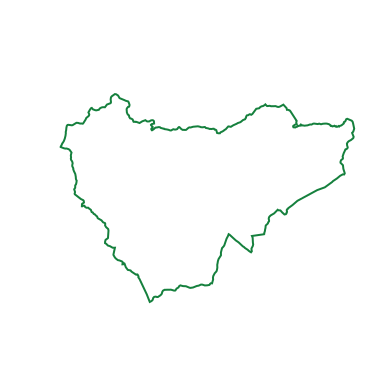 La Mesa, Cundinamarca, Colombia, rotated 18°
{"feature_id": "7082276B41572660322682", "entity_name": "La Mesa", "entity_type": "district", "adm_level": 2, "iso_a3": "COL", "parent_name": "Colombia", "parent_adm1": "Cundinamarca", "projection": "mercator", "projection_center": [-74.467, 4.646], "detail": "fine", "context": "isolated", "style": "outline", "palette": "green", "viewbox_px": 384, "rotation_deg": 18, "n_neighbors": 0, "source": "geoboundaries", "source_scale": "gbopen_adm2", "svg_char_len": 5960}
<svg xmlns="http://www.w3.org/2000/svg" viewBox="0 0 384 384"><g transform="rotate(18 192 192)"><path d="M325.6,103.6L326.3,102.3L326.3,101.4L325.2,99.9L324.4,98.1L324.6,97.0L325.0,95.9L325.7,94.9L327.1,93.5L328.7,91.0L328.7,89.6L326.0,86.3L326.7,84.8L326.7,81.7L323.9,76.8L322.9,75.4L321.8,74.8L317.0,74.4L316.2,75.1L315.9,77.6L315.0,78.4L314.9,79.2L315.2,79.9L313.5,82.5L312.1,83.5L311.8,84.2L310.9,84.0L310.5,84.8L309.1,85.4L308.7,85.4L308.4,84.9L307.8,85.3L306.9,85.0L306.6,85.4L305.3,86.2L304.3,85.9L303.9,86.3L303.5,86.3L302.5,85.5L301.3,85.2L299.2,85.3L297.7,85.7L295.3,86.7L293.8,87.7L291.8,87.7L290.7,88.5L286.9,89.2L286.0,89.7L284.9,90.9L283.4,91.3L281.3,92.9L278.4,94.2L275.9,94.5L275.9,94.8L275.6,94.9L275.6,94.6L274.7,94.2L274.2,95.6L273.5,95.7L272.9,96.4L272.0,96.5L271.8,97.4L271.1,97.8L270.3,98.7L268.5,99.1L268.0,98.6L267.9,97.8L269.3,96.0L270.6,95.1L269.7,93.8L269.6,92.3L269.3,92.1L269.4,91.9L260.4,84.6L259.9,84.3L259.4,84.4L258.8,84.1L257.7,84.2L256.9,84.5L256.0,83.0L251.9,80.7L249.2,83.6L248.2,84.3L247.0,84.6L245.0,84.5L240.7,86.0L239.3,86.0L237.1,87.0L236.5,87.0L234.7,86.0L234.3,86.8L233.0,88.3L231.6,89.1L230.7,90.1L230.0,91.6L227.4,93.0L225.3,99.2L224.7,100.0L224.4,100.3L223.3,100.1L222.7,100.3L221.7,101.6L220.6,102.1L220.4,102.5L220.2,103.6L220.4,104.7L220.2,105.0L220.0,106.4L218.3,107.8L216.5,110.6L214.1,112.4L213.4,113.3L210.7,115.7L208.8,118.0L206.6,118.3L206.2,118.5L204.6,122.1L203.8,122.8L203.2,123.9L202.1,125.2L201.3,125.8L200.7,126.5L200.4,127.5L198.8,128.0L197.6,128.1L196.0,125.7L195.0,125.4L194.4,125.7L193.2,125.1L192.1,125.5L191.1,126.1L190.3,126.2L189.5,126.6L187.8,126.5L185.3,126.8L184.5,126.3L183.9,126.3L182.1,127.2L180.4,127.6L179.5,127.5L177.3,127.7L172.9,129.6L170.7,131.1L169.7,131.3L168.9,131.9L167.2,134.7L166.1,135.2L165.7,135.2L163.8,135.8L163.4,135.7L162.3,135.4L160.0,134.2L159.4,134.4L158.8,135.6L158.5,136.7L157.9,137.2L156.6,137.9L154.8,138.1L153.0,140.0L151.9,140.2L150.5,140.1L148.6,140.3L146.2,140.7L145.7,140.4L145.0,140.6L142.4,140.7L141.4,140.3L140.0,140.7L138.5,141.6L137.9,141.7L137.1,142.4L136.1,144.2L135.0,145.6L134.7,145.7L133.9,144.9L133.8,144.3L134.5,142.7L134.5,142.3L132.4,141.1L132.2,140.8L132.7,139.9L134.8,138.6L133.9,136.4L133.1,135.9L132.3,135.9L131.7,136.1L130.6,136.8L129.6,138.0L128.2,138.6L127.1,138.7L125.5,138.1L122.9,140.1L120.8,142.6L117.3,142.5L116.8,142.8L116.1,142.7L115.1,143.3L114.6,143.2L113.2,141.4L111.8,141.0L110.4,141.1L109.2,140.1L108.4,138.7L107.9,138.4L107.0,138.2L105.5,136.5L104.2,133.4L104.3,132.4L104.9,130.8L105.6,130.5L105.8,130.2L105.8,129.1L105.6,128.3L104.1,126.3L103.3,125.6L100.7,125.7L99.4,125.5L94.1,125.1L91.9,123.1L89.7,122.5L88.4,122.7L86.1,125.8L85.7,127.0L86.0,129.0L87.2,131.6L87.1,132.7L84.1,135.1L83.0,138.3L81.0,138.9L79.8,139.6L78.5,141.0L78.0,142.6L75.8,143.9L74.8,144.1L72.2,144.0L70.7,143.0L70.1,143.5L69.6,144.9L68.9,148.3L70.3,149.9L70.4,150.8L70.2,151.7L68.6,154.2L68.4,156.1L67.3,160.4L67.0,160.8L65.3,161.1L64.5,161.5L62.2,161.5L60.7,161.9L57.8,165.3L57.1,165.7L53.7,166.3L52.9,166.7L52.5,167.8L52.7,169.8L53.2,172.0L53.4,174.1L53.8,174.9L54.3,177.6L54.5,180.5L54.4,183.0L54.0,184.9L53.6,185.9L53.5,187.5L53.1,189.4L53.2,189.8L56.9,190.0L58.3,189.8L59.3,189.4L61.3,189.4L62.5,189.7L65.2,191.7L65.4,194.5L66.4,196.8L66.4,197.5L66.8,198.4L67.2,198.9L68.6,200.0L69.6,201.5L69.8,203.4L70.2,204.5L71.8,206.2L72.0,207.0L73.2,208.6L75.4,210.9L76.8,213.5L77.4,215.1L78.0,216.1L78.8,216.8L79.2,219.0L79.3,220.5L78.9,221.8L79.6,224.1L79.1,225.8L80.6,227.9L80.8,228.4L80.9,229.9L81.3,230.4L88.4,233.0L91.1,233.4L91.7,233.8L92.5,235.3L92.4,235.7L91.3,236.9L91.1,237.5L91.7,239.6L92.3,239.4L92.8,238.6L93.3,238.4L94.0,238.4L95.1,239.3L96.5,239.6L98.2,239.0L99.1,239.5L101.3,240.2L102.8,242.1L103.9,242.1L105.3,243.2L106.3,243.2L107.7,244.0L109.3,244.6L110.2,245.8L110.7,246.1L114.6,246.9L116.8,248.3L118.9,248.5L119.3,249.0L119.7,250.7L121.2,252.0L123.7,253.1L124.5,254.5L126.3,261.7L126.1,262.2L124.6,264.2L124.7,266.2L125.1,267.5L126.5,267.8L128.5,268.9L130.9,268.9L133.1,269.4L133.9,269.5L135.9,268.8L136.6,275.7L136.8,276.2L138.9,278.1L140.1,278.8L142.5,279.7L144.2,279.5L146.9,279.7L147.8,280.2L148.2,282.3L148.8,282.1L149.4,280.8L149.9,280.9L152.3,284.0L155.0,285.9L157.8,285.6L159.0,286.4L163.6,287.7L164.5,287.9L165.2,287.3L165.9,287.4L166.3,288.0L167.2,288.7L167.4,289.8L169.0,291.0L180.6,303.3L185.8,309.6L187.2,308.2L187.9,306.8L187.9,304.5L188.5,303.4L189.9,302.7L191.2,302.7L192.0,302.4L193.8,300.1L194.4,299.0L194.7,298.1L194.6,296.1L194.9,294.8L196.1,293.5L202.2,291.4L205.5,291.3L206.6,290.8L207.2,288.6L208.6,287.0L208.9,285.5L209.8,284.4L212.4,284.3L215.4,283.5L219.2,283.8L220.1,283.7L222.5,282.5L225.6,279.9L227.3,279.0L229.1,277.3L230.5,276.9L233.1,276.9L235.2,276.1L237.1,275.1L237.5,274.5L237.6,273.7L238.2,272.9L239.3,272.7L239.1,268.6L238.4,267.0L238.2,265.3L238.7,262.3L239.8,259.9L239.8,258.5L239.5,256.2L238.5,253.4L238.3,251.6L238.0,249.8L238.0,247.5L239.1,243.3L238.2,240.6L237.9,236.1L238.9,233.9L239.2,232.8L239.3,225.7L239.8,222.9L239.9,220.8L240.9,221.0L248.6,224.5L251.9,225.5L257.2,228.0L258.3,228.2L259.7,228.9L263.0,229.8L263.9,230.3L266.2,231.0L266.8,231.1L267.2,229.9L266.1,227.7L266.1,227.0L266.5,224.7L266.4,223.0L265.6,221.4L263.8,216.7L262.6,215.3L273.6,209.9L273.7,209.5L273.4,208.8L273.4,206.7L273.1,205.0L273.0,203.5L272.5,201.4L272.8,200.4L273.6,199.1L273.9,198.2L273.8,197.3L274.2,196.5L274.3,196.0L274.0,195.0L273.3,193.9L273.1,193.0L273.2,191.6L274.1,189.9L276.7,187.0L279.0,182.4L279.8,182.7L281.8,182.2L284.2,183.6L286.9,184.8L288.1,184.1L288.4,183.5L288.3,182.5L288.5,182.4L288.5,181.5L287.7,180.0L287.8,179.1L288.5,178.2L288.5,177.7L291.6,173.4L295.0,167.8L310.5,151.5L316.9,146.5L322.2,139.2L322.7,138.1L325.7,134.3L327.9,130.8L330.0,128.6L331.3,128.3L331.5,127.0L328.8,123.2L327.3,119.9L324.2,118.3L323.9,117.4L323.9,115.8L325.2,113.7L325.0,112.9L324.3,111.7L324.3,108.1L324.6,106.0L324.7,104.2L325.0,103.8L325.6,103.6Z" fill="none" stroke="#15803d" stroke-width="2"/></g></svg>